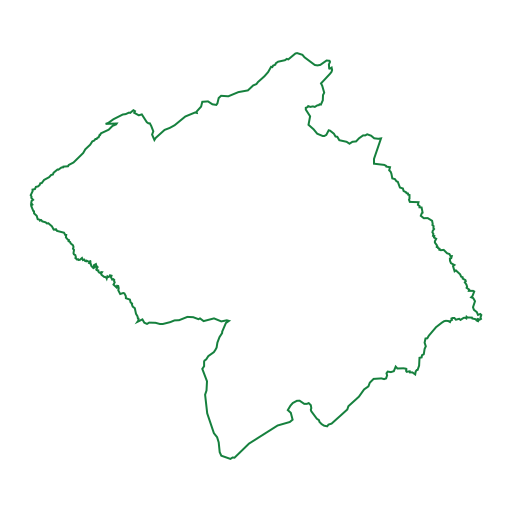 Mkushi, Central, Zambia (Mercator projection)
{"feature_id": "96606910B76461295717926", "entity_name": "Mkushi", "entity_type": "district", "adm_level": 2, "iso_a3": "ZMB", "parent_name": "Zambia", "parent_adm1": "Central", "projection": "mercator", "projection_center": [29.248, -13.765], "detail": "fine", "context": "isolated", "style": "outline", "palette": "green", "viewbox_px": 512, "rotation_deg": 0, "n_neighbors": 0, "source": "geoboundaries", "source_scale": "gbopen_adm2", "svg_char_len": 5981}
<svg xmlns="http://www.w3.org/2000/svg" viewBox="0 0 512 512"><path d="M137.5,321.8L142.4,319.4L144.3,322.7L147.0,323.9L149.2,322.6L155.5,322.8L159.9,324.0L162.8,324.0L170.3,322.1L174.5,320.4L179.1,320.2L187.4,316.9L193.2,317.2L198.5,319.2L200.0,318.4L203.6,321.1L214.0,318.4L221.3,321.4L226.8,320.3L228.9,320.9L225.9,323.0L222.2,331.6L222.1,333.1L219.5,337.1L217.4,342.6L216.6,347.6L215.3,350.0L213.8,352.2L208.3,356.1L206.2,359.4L204.5,360.6L204.1,361.6L204.1,366.2L202.3,368.9L207.0,381.3L206.5,390.5L205.1,394.7L207.2,413.3L213.9,433.2L217.1,437.2L218.7,442.4L219.7,452.2L221.3,455.7L230.4,458.9L232.6,457.5L234.5,457.7L249.0,443.6L277.6,425.5L289.8,422.0L292.6,419.7L290.8,412.8L287.8,410.1L290.5,405.6L292.8,403.0L296.9,400.8L299.6,400.7L304.3,403.9L306.8,403.9L308.7,403.1L310.8,405.2L311.3,408.1L310.8,409.8L311.3,411.3L316.8,418.7L319.0,420.2L319.4,421.8L321.6,424.1L324.1,425.7L327.2,426.3L328.5,424.6L331.6,423.6L347.3,409.5L348.4,406.2L358.9,396.7L364.1,389.4L368.4,386.4L369.8,382.7L373.6,378.9L381.4,378.4L384.1,379.1L386.1,378.4L387.1,375.3L386.5,373.3L387.7,371.6L390.9,372.1L393.8,371.2L395.7,366.6L397.4,368.5L403.5,368.3L406.0,368.7L406.4,369.0L406.1,370.9L406.7,371.8L409.7,371.3L409.9,372.4L412.4,372.4L415.2,374.4L415.7,371.4L416.8,370.0L417.6,369.9L419.1,365.7L419.5,357.8L421.6,357.4L422.0,355.2L423.7,354.3L423.9,353.5L424.6,348.9L425.8,346.3L424.6,342.7L425.5,338.5L427.3,338.3L428.8,335.7L436.1,327.1L441.8,322.7L444.1,321.2L445.9,320.8L448.2,321.0L450.0,322.0L450.4,320.8L452.0,319.9L451.5,318.5L452.6,318.0L454.4,318.0L455.9,319.7L459.2,318.8L460.5,319.9L463.6,317.9L465.1,317.7L466.3,318.4L466.6,316.8L467.4,317.5L471.9,317.6L472.3,318.5L475.6,319.2L476.3,320.1L477.2,319.4L477.5,321.0L478.1,321.2L478.8,319.3L479.6,319.7L481.0,318.9L480.5,317.6L481.3,315.0L480.3,314.0L478.0,314.9L476.8,312.1L473.9,309.8L473.0,307.2L475.0,301.2L473.2,298.1L471.2,297.3L472.5,296.0L474.2,291.5L473.1,290.9L468.8,290.9L469.2,289.6L466.6,287.8L467.1,286.7L466.4,284.5L464.8,282.3L465.8,281.2L465.4,280.1L462.7,278.6L462.7,277.3L461.1,276.6L460.1,274.3L455.9,270.4L454.6,271.3L453.0,266.1L454.4,265.0L451.0,263.2L450.0,260.8L449.9,258.5L451.2,258.2L451.8,256.1L450.5,256.1L449.4,254.0L447.1,253.3L443.7,249.9L440.8,250.2L439.3,249.7L439.5,248.7L438.0,248.0L437.6,246.8L436.8,246.9L436.9,245.3L434.9,242.6L434.9,241.2L436.2,238.8L434.0,237.5L434.3,236.0L433.0,235.8L433.4,233.9L432.4,232.3L432.8,230.7L434.1,229.0L433.4,228.1L433.6,226.1L432.4,225.0L432.7,223.9L432.1,220.8L427.7,218.1L423.8,218.2L420.8,215.8L421.8,213.2L422.6,212.7L421.6,207.5L419.5,207.3L419.6,206.1L417.9,204.8L418.5,202.2L409.8,201.9L409.0,199.7L409.5,198.6L409.5,195.0L408.2,194.7L408.0,193.5L406.5,193.2L406.3,192.4L403.6,191.0L402.9,188.5L399.9,187.5L397.8,181.8L396.5,181.3L394.9,179.1L392.3,178.4L391.4,173.7L390.6,171.7L389.2,170.3L390.0,167.2L386.3,166.6L386.0,165.8L384.2,164.9L374.0,163.7L374.0,158.9L381.0,138.4L378.4,138.8L374.2,138.3L371.1,135.7L367.2,134.3L365.3,135.4L363.1,135.4L359.0,138.3L356.1,141.4L352.4,141.8L349.5,143.7L346.6,141.8L339.3,140.2L337.3,136.8L335.5,136.5L333.9,133.7L330.1,130.7L328.7,130.3L326.3,134.9L324.3,136.0L322.7,136.0L317.2,133.7L313.6,129.3L308.5,124.8L310.1,116.3L305.8,109.6L305.8,107.8L307.6,107.1L308.2,106.1L310.3,106.9L312.9,106.4L314.8,106.9L317.4,105.3L318.8,105.2L319.5,104.3L320.9,104.6L322.8,100.3L323.0,95.1L324.2,92.7L322.2,85.7L321.0,83.4L330.0,73.8L331.5,71.9L332.1,70.0L331.6,67.6L329.9,68.7L329.2,68.5L328.9,64.4L330.0,61.9L329.5,60.8L326.6,60.5L320.3,64.9L317.5,65.4L314.8,65.0L304.5,57.3L302.4,54.8L297.1,53.1L295.4,53.5L288.3,59.4L286.8,58.9L285.0,60.2L278.1,61.7L275.8,63.3L275.3,64.7L273.1,65.6L272.3,67.1L271.1,66.8L268.1,72.1L264.5,76.2L258.0,82.0L256.4,84.1L253.2,85.4L247.9,90.4L238.4,92.1L228.3,96.3L221.1,95.8L218.7,98.0L217.4,103.4L216.3,104.9L212.4,104.3L208.0,101.4L202.3,101.8L201.1,106.6L196.5,111.7L196.8,112.9L195.0,112.5L185.3,116.5L174.7,125.2L169.8,127.9L164.6,129.9L155.7,137.9L154.4,140.0L152.1,134.6L153.3,131.3L151.2,125.9L149.8,123.3L148.4,123.3L146.8,122.2L141.8,114.4L138.8,115.3L134.2,112.8L135.0,111.2L133.4,110.2L130.2,112.9L129.0,112.6L125.7,114.1L122.8,114.5L113.5,119.2L108.3,122.9L105.6,123.9L116.7,123.5L116.1,124.4L112.5,125.9L108.7,129.7L101.0,133.3L100.1,135.0L99.6,134.9L98.6,137.4L97.5,137.7L96.6,139.0L95.4,139.0L94.3,140.5L92.3,141.4L90.2,144.7L85.3,149.3L83.2,153.0L73.5,162.5L68.7,165.0L68.0,166.3L63.4,166.6L63.2,167.3L61.4,167.5L58.4,169.7L57.5,169.5L53.6,172.7L52.9,174.5L51.1,175.0L49.1,177.2L44.1,179.9L41.7,183.1L40.3,183.3L39.7,184.9L38.1,186.4L35.9,186.9L34.9,189.1L32.5,189.6L32.6,191.2L30.7,195.2L31.5,196.5L31.3,197.8L33.1,199.8L31.6,200.9L31.2,203.0L32.2,204.4L31.2,204.6L31.6,205.6L31.2,205.9L33.3,211.0L34.0,211.3L34.1,213.4L36.7,215.8L37.7,219.2L40.1,219.9L40.1,220.5L41.2,220.1L42.3,221.4L45.6,222.3L47.0,223.5L48.3,223.2L51.9,226.3L53.7,229.6L55.6,229.3L55.5,229.8L56.5,230.0L57.0,230.9L64.0,232.7L65.3,235.0L66.2,235.0L65.9,237.4L67.9,239.7L68.9,240.1L68.6,241.2L70.1,242.0L70.7,243.4L73.0,245.3L73.5,247.0L73.0,248.7L74.0,249.9L73.5,253.2L73.9,254.3L75.3,255.1L75.9,257.2L75.4,258.0L77.1,259.6L78.0,259.2L78.7,260.0L79.9,259.8L82.0,258.0L82.9,260.1L85.0,259.3L84.4,260.0L85.1,261.0L86.3,261.3L86.7,260.7L88.6,261.7L90.3,261.2L90.5,262.0L89.4,263.2L90.7,263.7L91.3,265.9L93.4,268.1L95.0,267.1L94.0,266.2L93.9,265.2L95.9,264.1L96.3,265.7L97.6,267.1L96.3,269.3L96.6,270.1L98.3,270.4L98.3,271.5L99.4,272.7L100.4,272.9L101.2,272.1L102.0,272.2L101.0,273.7L101.6,274.9L104.3,277.0L105.1,276.9L106.3,277.7L106.7,278.6L107.4,276.3L108.5,277.0L109.5,276.5L110.0,275.3L111.5,275.7L111.0,277.3L112.2,279.6L113.2,279.1L114.2,279.8L114.1,281.2L114.7,282.3L113.5,284.6L116.6,287.5L117.1,285.8L118.2,286.0L118.7,288.2L118.3,290.3L120.2,294.0L123.3,293.0L124.4,293.4L125.8,296.1L125.9,298.2L129.9,299.6L130.6,302.4L132.1,303.6L131.9,304.4L132.7,306.6L134.8,308.2L136.0,313.8L137.5,316.3L137.9,318.4L138.5,318.6L138.5,320.3L137.5,321.8Z" fill="none" stroke="#15803d" stroke-width="2"/></svg>